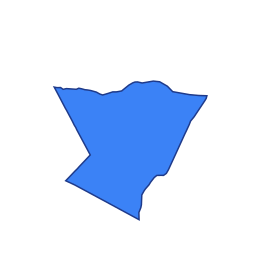 the district of Jatobá, Pernambuco, Brazil, rotated 231°
{"feature_id": "56859067B30515862581919", "entity_name": "Jatobá", "entity_type": "district", "adm_level": 2, "iso_a3": "BRA", "parent_name": "Brazil", "parent_adm1": "Pernambuco", "projection": "mercator", "projection_center": [-38.199, -9.217], "detail": "fine", "context": "isolated", "style": "filled", "palette": "blue", "viewbox_px": 256, "rotation_deg": 231, "n_neighbors": 0, "source": "geoboundaries", "source_scale": "gbopen_adm2", "svg_char_len": 1067}
<svg xmlns="http://www.w3.org/2000/svg" viewBox="0 0 256 256"><g transform="rotate(231 128 128)"><path d="M206.2,96.4L197.5,94.7L182.6,91.7L180.5,91.4L168.7,89.1L163.8,88.0L161.3,87.7L159.0,87.1L130.8,81.7L128.7,65.9L128.2,63.0L127.9,59.7L126.8,51.4L126.2,46.4L117.2,50.8L90.9,61.8L68.8,71.0L54.1,77.1L49.8,78.9L55.5,83.3L58.0,87.8L59.9,90.1L67.3,96.6L69.1,101.1L69.7,103.2L70.1,105.5L70.6,108.4L71.7,111.6L73.0,117.2L73.0,120.6L70.1,124.3L68.8,125.8L68.6,129.2L70.1,133.1L78.3,149.7L80.0,153.1L87.7,168.6L88.9,171.2L92.1,177.7L94.0,181.0L95.1,186.4L96.2,189.9L100.9,205.0L101.8,207.4L103.4,209.6L108.7,203.5L115.2,196.8L128.1,185.6L135.7,184.9L144.0,181.7L146.1,179.6L148.5,177.2L154.1,167.3L157.7,164.5L159.3,162.4L160.1,160.1L160.8,155.7L160.8,151.6L160.8,146.4L162.3,143.6L163.5,141.5L165.7,138.8L167.3,134.6L168.5,131.7L169.6,129.1L172.1,127.5L175.8,126.0L178.5,124.1L180.6,122.6L182.9,120.6L184.9,118.6L187.7,116.6L189.9,114.8L190.6,112.2L197.4,104.9L198.9,101.9L201.8,101.1L204.2,98.1L206.2,96.4Z" fill="#3b82f6" stroke="#1e3a8a" stroke-width="1.5"/></g></svg>